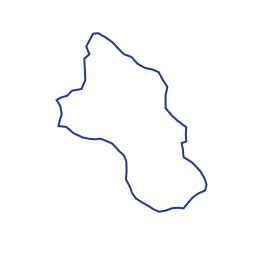 outline of Confins, Minas Gerais, Brazil, rotated 146°
{"feature_id": "56859067B49232748472956", "entity_name": "Confins", "entity_type": "district", "adm_level": 2, "iso_a3": "BRA", "parent_name": "Brazil", "parent_adm1": "Minas Gerais", "projection": "equal_earth", "projection_center": [-43.973, -19.643], "detail": "fine", "context": "isolated", "style": "outline", "palette": "blue", "viewbox_px": 256, "rotation_deg": 146, "n_neighbors": 0, "source": "geoboundaries", "source_scale": "gbopen_adm2", "svg_char_len": 976}
<svg xmlns="http://www.w3.org/2000/svg" viewBox="0 0 256 256"><g transform="rotate(146 128 128)"><path d="M171.5,191.1L172.0,183.5L175.3,176.5L180.1,172.6L184.6,168.5L178.6,163.5L176.1,154.2L170.5,145.0L165.7,140.3L161.6,137.0L157.1,134.8L153.7,130.2L149.7,123.7L148.2,113.8L146.7,107.7L147.9,101.6L153.2,93.1L158.4,86.6L159.4,77.7L161.1,71.3L160.8,65.1L157.9,58.3L154.5,51.6L152.2,46.1L149.0,41.2L142.7,38.3L136.1,36.8L131.0,33.8L126.9,30.3L119.9,32.5L113.0,34.2L106.1,34.4L99.0,33.1L94.5,37.2L92.7,43.7L92.2,51.8L94.0,63.1L98.2,72.9L94.7,79.1L91.9,85.5L87.2,84.2L84.3,89.4L79.3,96.1L82.6,105.3L84.6,113.4L85.8,123.3L78.5,134.2L72.4,140.0L72.2,148.8L71.4,157.2L75.0,162.8L80.3,168.3L84.3,176.1L85.4,185.0L90.2,191.5L91.9,200.6L92.9,207.4L96.1,216.1L99.8,223.3L104.2,225.7L111.2,222.0L117.0,218.9L118.8,210.7L125.6,209.8L129.2,203.7L132.8,197.8L136.7,191.5L144.8,186.3L153.5,190.3L160.1,188.7L166.5,190.7L171.5,191.1Z" fill="none" stroke="#1e3a8a" stroke-width="2"/></g></svg>